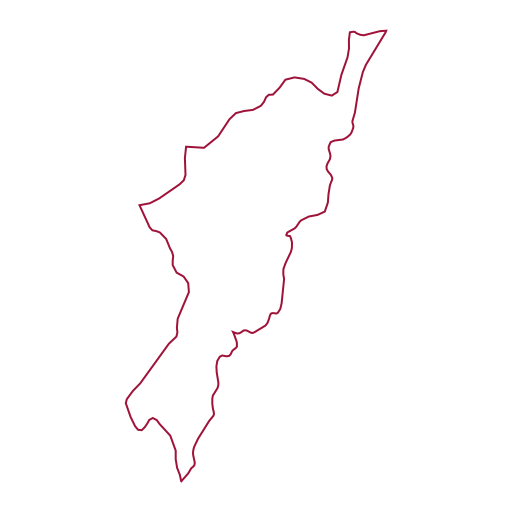 the border of Adamawa
{"feature_id": "NGA-2881", "entity_name": "Adamawa", "entity_type": "State", "adm_level": 1, "iso_a3": "NGA", "parent_name": "Nigeria", "parent_adm1": "", "projection": "natural_earth1", "projection_center": [12.557, 9.198], "detail": "fine", "context": "isolated", "style": "outline", "palette": "rose", "viewbox_px": 512, "rotation_deg": 0, "n_neighbors": 0, "source": "natural_earth", "source_scale": "10m", "svg_char_len": 2497}
<svg xmlns="http://www.w3.org/2000/svg" viewBox="0 0 512 512"><path d="M386.2,30.7L385.6,32.3L365.9,64.8L362.8,72.2L358.7,88.4L354.9,112.7L352.5,120.8L352.4,122.4L353.2,125.1L353.4,126.6L353.1,128.3L351.4,132.7L350.1,134.6L347.7,136.7L346.7,137.4L345.1,138.4L343.0,139.5L334.3,140.6L330.6,142.2L328.7,146.6L328.7,149.2L330.0,153.4L330.5,155.9L330.0,159.0L327.4,163.7L326.5,166.3L326.7,169.2L327.9,171.3L331.1,175.2L332.3,178.1L332.0,180.1L331.0,182.3L329.9,185.4L328.5,194.1L327.9,202.4L324.8,211.6L317.6,214.9L308.9,216.5L301.2,220.3L299.7,221.7L296.5,226.5L295.2,227.9L294.3,228.6L287.8,232.2L287.1,232.8L286.3,235.1L286.8,235.6L290.0,236.1L291.1,238.7L292.0,242.6L291.9,247.7L291.4,250.1L290.7,252.3L285.6,263.0L283.4,269.1L283.3,274.3L284.1,279.0L281.6,303.4L280.3,308.9L277.9,312.7L276.5,313.5L275.1,313.4L273.7,313.1L272.1,313.1L270.8,313.8L270.0,315.3L269.0,319.0L267.4,323.1L265.4,325.6L254.0,332.5L252.3,333.0L250.7,332.6L247.1,330.7L245.7,330.3L243.6,330.5L242.3,331.4L241.0,332.4L239.2,333.3L237.7,333.5L236.1,333.2L233.0,332.0L233.9,333.9L236.5,341.2L236.9,343.1L236.9,346.6L236.0,347.8L232.6,350.5L231.8,351.8L231.1,353.4L230.2,354.9L228.9,356.0L226.5,356.3L222.2,355.5L219.8,356.7L217.3,360.9L216.4,366.4L216.7,372.3L218.4,382.7L218.3,385.3L218.0,386.4L217.5,388.1L212.9,395.5L212.3,398.7L212.3,403.7L212.9,408.6L213.7,411.8L214.0,413.9L213.4,415.8L209.2,420.9L198.1,438.6L194.1,447.0L193.4,449.7L193.0,452.5L193.2,455.2L194.8,462.8L194.3,465.4L192.9,466.9L191.2,468.3L188.2,473.4L181.3,481.3L181.2,481.2L179.8,474.7L177.1,467.8L175.7,459.2L175.7,450.6L170.3,435.7L159.5,423.9L156.8,420.1L152.8,418.0L149.3,419.9L147.1,423.8L144.7,427.3L141.7,430.2L138.1,429.8L135.1,426.2L130.6,417.0L125.8,403.2L126.8,399.2L132.9,390.9L140.2,383.4L168.9,343.7L176.4,336.6L177.4,332.4L176.9,327.7L177.7,318.7L188.9,292.1L188.2,283.1L183.6,276.5L176.6,272.6L172.7,265.1L172.7,260.6L173.2,256.1L172.1,252.1L170.0,248.3L166.2,239.0L159.8,232.4L156.2,231.1L152.4,230.3L149.7,227.4L139.5,205.2L149.7,203.3L159.1,198.5L179.6,184.3L183.8,180.3L185.5,175.0L184.9,157.9L186.1,146.7L204.0,147.8L218.1,136.4L229.5,119.2L235.9,113.1L244.1,111.0L252.9,109.9L260.9,105.8L264.0,101.8L266.1,97.2L268.8,94.8L272.9,94.6L279.5,87.8L285.4,79.7L294.5,77.4L304.1,78.9L311.6,82.6L317.8,88.9L324.3,93.7L331.8,95.6L337.4,92.0L341.4,74.8L347.5,57.4L349.0,48.5L348.9,39.7L349.9,32.3L353.6,31.7L355.2,32.1L356.4,33.2L360.0,34.7L363.7,35.3L379.8,31.2L386.1,30.7L386.2,30.7Z" fill="none" stroke="#9f1239" stroke-width="2"/></svg>